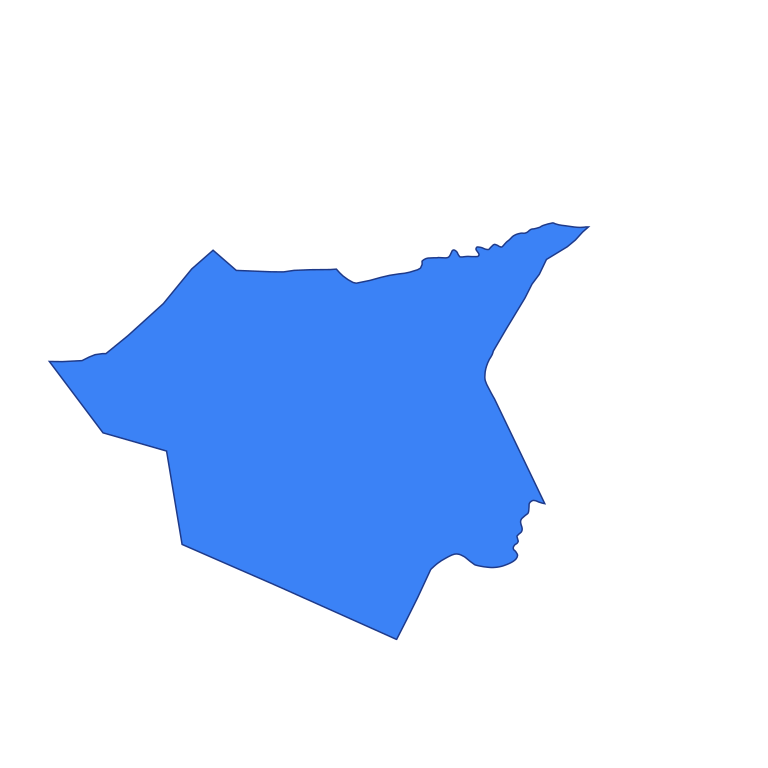 San Francisco de Coray, Valle, Honduras, rotated 323°
{"feature_id": "27666195B95409407730953", "entity_name": "San Francisco de Coray", "entity_type": "district", "adm_level": 2, "iso_a3": "HND", "parent_name": "Honduras", "parent_adm1": "Valle", "projection": "natural_earth1", "projection_center": [-87.504, 13.668], "detail": "fine", "context": "isolated", "style": "filled", "palette": "blue", "viewbox_px": 768, "rotation_deg": 323, "n_neighbors": 0, "source": "geoboundaries", "source_scale": "gbopen_adm2", "svg_char_len": 6075}
<svg xmlns="http://www.w3.org/2000/svg" viewBox="0 0 768 768"><g transform="rotate(323 384 384)"><path d="M130.3,164.6L130.2,253.9L170.0,306.7L126.2,390.6L177.8,482.2L240.2,595.4L239.9,595.8L260.4,585.8L282.2,574.9L309.4,560.4L310.5,560.1L311.0,560.0L311.8,560.0L314.6,559.7L317.5,559.5L318.6,559.5L319.9,559.5L322.1,559.6L323.1,559.6L324.1,559.7L328.2,560.2L331.0,560.6L332.2,560.8L333.7,561.1L335.2,561.4L336.4,561.8L337.6,562.2L338.3,562.5L338.8,562.9L339.2,563.1L339.9,563.6L340.4,564.1L341.1,564.8L341.8,565.6L342.2,566.3L342.7,567.1L343.4,568.6L344.1,570.0L344.3,570.6L344.5,571.1L344.9,572.7L345.9,576.9L346.3,578.4L346.9,580.3L347.5,582.4L347.8,583.1L347.9,583.4L348.2,583.7L349.2,585.0L349.7,585.6L350.9,587.0L352.2,588.4L353.4,589.7L354.0,590.3L356.2,592.4L357.8,593.9L358.6,594.6L359.8,595.6L361.1,596.5L362.5,597.4L363.8,598.2L365.1,598.9L366.5,599.6L368.3,600.4L369.6,600.9L371.5,601.5L373.9,602.2L375.5,602.6L376.9,602.9L378.7,603.2L380.5,603.4L381.7,603.4L382.5,603.4L383.4,603.3L384.0,603.2L384.5,603.1L385.1,602.8L385.7,602.6L386.1,602.4L386.5,602.1L387.1,601.6L387.4,601.4L387.5,601.2L387.7,600.9L387.8,600.7L388.0,600.3L388.0,600.1L388.1,599.7L388.2,598.7L388.3,597.8L388.3,597.1L388.3,596.5L388.2,596.1L388.2,595.8L388.0,595.2L388.0,594.9L387.9,594.7L387.9,594.3L388.0,594.0L388.1,593.6L388.2,593.4L388.3,593.1L388.6,592.7L389.0,592.3L389.3,592.0L390.0,591.7L390.3,591.6L390.8,591.4L391.2,591.3L391.7,591.2L392.3,591.1L392.7,591.2L393.6,591.3L394.3,591.3L394.8,591.2L395.2,591.1L395.8,590.8L396.2,590.6L396.4,590.5L396.5,590.4L396.7,590.1L396.9,589.6L397.5,588.1L398.0,586.8L398.5,585.7L398.9,585.4L399.5,585.3L400.3,585.2L401.1,585.1L401.6,585.0L403.1,585.0L403.6,584.9L404.2,584.9L404.9,584.7L405.3,584.5L405.6,584.3L406.1,584.0L406.5,583.6L406.9,583.2L407.2,582.8L407.6,582.1L407.8,581.7L408.1,581.1L408.2,580.7L408.7,579.3L408.9,578.6L409.2,578.0L409.6,577.2L409.9,576.6L410.2,576.2L410.6,575.8L411.1,575.3L411.4,575.1L411.8,574.9L412.3,574.7L412.6,574.5L413.0,574.4L413.7,574.3L414.9,574.2L417.6,574.0L418.7,574.0L419.9,574.0L420.6,574.0L421.0,573.9L421.4,573.8L421.6,573.7L421.9,573.5L422.3,573.2L422.6,573.0L422.9,572.7L423.6,572.0L425.0,570.4L425.8,569.5L426.6,568.5L427.3,567.6L427.6,567.3L427.8,567.1L428.2,566.9L428.5,566.7L429.1,566.5L429.9,566.3L430.3,566.3L430.7,566.3L431.2,566.3L431.9,566.4L432.4,566.5L432.7,566.6L433.1,566.8L433.5,567.1L433.8,567.4L434.3,567.9L434.7,568.3L435.0,568.7L435.3,569.1L436.5,571.3L438.0,573.4L438.4,574.0L438.9,574.6L439.4,575.2L440.4,576.3L463.3,462.3L463.6,459.7L464.2,455.5L465.4,448.4L465.7,446.7L465.9,445.7L466.2,444.7L466.4,444.0L466.8,442.6L467.0,442.1L467.2,441.6L467.7,440.7L468.5,439.4L469.5,438.2L470.6,436.9L471.3,436.1L472.3,435.0L473.0,434.4L474.0,433.5L475.2,432.5L475.8,432.1L476.8,431.3L478.1,430.5L479.6,429.5L480.6,429.0L482.3,428.1L483.0,427.7L483.8,427.4L485.5,426.8L486.3,426.4L487.1,426.1L488.3,425.5L488.9,425.1L489.8,424.5L491.1,423.5L515.3,413.4L548.5,400.1L562.3,393.3L574.0,389.9L588.7,382.3L612.9,384.7L623.5,384.2L634.0,382.2L641.8,381.6L640.6,380.7L640.1,380.3L639.7,380.0L638.7,379.5L637.9,379.0L636.2,377.9L635.2,377.2L634.4,376.6L632.7,375.2L630.4,373.1L628.7,371.4L627.3,370.0L625.4,368.1L623.8,366.5L621.5,364.3L620.4,363.1L619.7,362.4L618.9,361.4L617.4,359.4L617.1,359.0L616.6,358.0L616.4,357.6L616.1,357.3L615.8,357.0L615.4,356.7L613.5,355.9L612.7,355.5L610.9,354.7L610.0,354.4L608.4,353.8L606.4,353.1L605.5,352.9L605.0,352.8L604.3,352.7L603.7,352.7L603.4,352.7L603.0,352.6L602.5,352.5L599.3,351.3L597.3,350.4L596.7,350.1L595.8,349.5L595.6,349.4L595.1,349.2L594.7,349.0L593.9,348.9L592.6,348.8L591.9,348.9L590.7,349.0L590.1,349.0L589.7,349.0L588.8,348.8L588.0,348.6L587.4,348.4L586.8,348.0L586.3,347.7L585.4,346.9L584.8,346.4L584.2,346.0L582.9,345.4L581.6,344.8L580.7,344.5L579.6,344.1L578.9,344.0L578.1,343.8L577.3,343.7L576.6,343.6L576.0,343.6L575.1,343.6L574.1,343.8L572.5,344.0L571.4,344.2L570.1,344.3L568.2,344.3L567.0,344.4L564.8,344.8L562.5,345.3L561.8,345.4L560.9,345.5L560.6,345.4L560.3,345.3L560.1,345.2L559.9,345.1L559.7,344.9L559.4,344.3L559.1,343.9L558.8,343.4L558.6,343.0L558.2,341.8L557.7,340.9L557.3,340.3L557.0,339.8L556.6,339.3L556.4,339.1L556.1,338.9L555.6,338.8L555.2,338.7L554.6,338.7L553.7,338.8L551.5,339.1L550.8,339.2L549.7,339.5L549.3,339.6L549.0,339.6L548.8,339.6L548.6,339.5L548.3,339.4L547.7,339.0L547.4,338.7L547.1,338.4L546.7,338.0L546.1,337.3L545.8,336.8L545.3,336.0L545.0,335.4L544.5,334.5L544.3,334.2L543.8,333.5L543.2,332.8L542.4,332.0L541.7,331.3L541.3,331.0L541.1,330.8L540.8,330.7L540.6,330.6L540.4,330.6L540.0,330.7L539.5,330.9L539.2,331.1L538.9,331.4L538.7,331.5L538.6,331.8L538.4,332.1L538.3,332.5L538.2,335.9L538.2,336.2L538.1,336.7L538.0,337.3L537.9,337.5L537.7,337.9L537.4,338.2L537.1,338.3L536.7,338.5L536.1,338.6L535.8,338.6L535.5,338.5L535.2,338.3L534.2,337.7L532.4,336.3L530.8,335.1L529.6,334.1L528.2,332.9L527.7,332.5L526.0,331.4L522.9,329.6L522.0,328.9L521.6,328.6L521.4,328.4L521.2,328.1L521.1,327.8L521.1,327.5L521.1,326.8L521.1,326.0L521.3,324.5L521.4,324.0L521.6,323.5L521.6,323.0L521.7,322.5L521.6,321.7L521.5,321.2L521.4,320.8L521.2,320.2L521.0,319.7L520.8,319.4L520.5,319.1L520.3,318.9L520.0,318.7L519.6,318.6L519.3,318.6L518.8,318.6L518.5,318.7L518.3,318.8L516.6,319.7L514.5,320.8L513.6,321.2L512.8,321.4L512.4,321.5L512.0,321.5L511.5,321.5L510.9,321.3L510.4,321.1L510.0,320.9L509.6,320.7L509.1,320.4L508.5,319.9L504.2,316.3L503.7,315.9L503.5,315.7L502.5,315.2L502.0,314.9L501.3,314.4L500.3,313.6L499.6,313.1L495.5,310.3L494.9,309.9L494.4,309.7L494.0,309.5L493.5,309.3L493.0,309.1L492.5,309.0L491.5,308.8L490.7,308.7L489.9,308.7L489.1,308.7L488.3,308.8L486.5,311.4L482.9,313.4L479.6,313.0L475.8,311.6L471.9,310.2L467.2,308.0L462.1,305.0L453.9,300.6L445.5,296.9L435.1,292.8L422.5,286.8L420.4,284.3L418.1,279.1L416.3,273.2L415.5,268.4L415.1,263.6L410.0,260.3L394.2,248.6L380.5,239.1L371.2,234.0L361.3,226.4L334.4,204.4L328.0,174.3L299.7,176.4L256.2,187.0L208.5,191.3L180.2,192.4L177.4,190.3L170.9,186.7L164.6,185.0L156.9,183.6L140.5,172.5L130.3,164.6Z" fill="#3b82f6" stroke="#1e3a8a" stroke-width="1.5"/></g></svg>